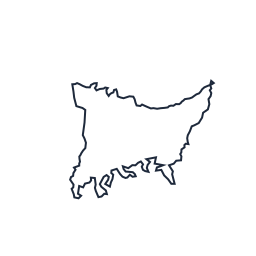 Tucunduva, Rio Grande do Sul, Brazil (Equal Earth projection), rotated 307°
{"feature_id": "56859067B60578081820335", "entity_name": "Tucunduva", "entity_type": "district", "adm_level": 2, "iso_a3": "BRA", "parent_name": "Brazil", "parent_adm1": "Rio Grande do Sul", "projection": "equal_earth", "projection_center": [-54.433, -27.632], "detail": "fine", "context": "isolated", "style": "outline", "palette": "slate", "viewbox_px": 256, "rotation_deg": 307, "n_neighbors": 0, "source": "geoboundaries", "source_scale": "gbopen_adm2", "svg_char_len": 2474}
<svg xmlns="http://www.w3.org/2000/svg" viewBox="0 0 256 256"><g transform="rotate(307 128 128)"><path d="M129.4,57.2L124.3,62.5L119.8,66.8L114.4,73.6L115.6,76.9L116.6,79.6L116.7,83.0L106.2,90.0L95.1,96.2L93.4,99.6L90.9,103.3L88.3,104.8L86.3,106.0L82.9,105.7L79.7,105.9L77.8,106.3L75.9,106.3L74.2,107.8L72.2,109.9L70.3,110.4L68.6,111.7L63.9,108.7L63.1,111.2L59.2,111.5L56.7,113.0L54.5,112.0L51.9,112.9L50.0,118.6L47.6,120.0L45.5,119.6L42.5,124.5L40.3,126.9L42.1,130.8L45.7,131.3L45.4,127.6L52.3,123.9L53.6,127.9L57.7,127.1L61.2,130.0L63.9,130.1L66.0,128.2L68.1,131.6L63.3,136.3L60.3,137.6L58.4,140.1L55.0,146.0L57.4,148.1L61.2,148.6L62.5,150.9L64.8,147.9L65.0,142.1L66.2,139.3L74.3,138.0L77.5,139.2L77.4,142.1L74.7,143.3L69.6,143.5L70.3,148.8L74.2,147.1L77.9,146.3L81.8,144.3L82.0,141.7L84.1,140.4L88.6,143.6L86.5,149.3L85.8,152.9L86.6,156.1L88.1,157.3L91.8,157.6L91.8,161.0L94.1,163.2L95.3,161.2L95.6,158.4L91.8,152.3L92.6,149.2L94.3,147.0L96.1,152.4L100.9,153.8L102.7,156.4L106.3,157.0L109.0,158.4L108.0,161.9L105.4,162.3L103.6,165.1L103.9,167.6L105.3,170.7L107.4,167.1L110.3,165.9L114.1,166.0L114.2,161.5L121.4,168.0L115.6,170.7L119.5,178.5L116.9,176.9L113.9,174.8L110.8,176.0L114.6,179.8L111.9,185.4L111.2,190.9L109.5,196.2L111.5,198.8L117.6,191.1L120.4,189.9L122.9,183.2L127.0,186.0L130.9,186.2L134.1,189.8L137.5,187.7L138.6,185.4L140.5,185.3L143.1,183.6L146.6,184.8L148.3,183.3L150.2,183.6L151.5,185.9L152.9,184.0L155.5,181.4L158.2,180.1L162.6,179.4L167.7,177.9L169.8,179.2L174.5,181.5L180.9,180.9L185.4,178.8L190.9,180.6L196.0,178.6L199.5,174.9L203.2,174.8L206.0,173.5L207.4,170.6L209.7,170.7L211.9,167.7L210.1,166.6L208.2,165.5L206.4,164.5L203.5,163.9L201.0,164.1L198.4,163.9L196.1,162.4L193.3,161.5L190.9,160.8L188.6,159.3L186.9,157.6L185.2,156.0L183.2,155.7L181.4,155.1L179.6,155.1L177.8,154.5L175.9,151.8L173.1,150.9L171.8,148.9L170.2,147.7L168.4,147.4L166.1,145.1L163.4,142.1L160.9,139.7L159.2,136.4L157.4,134.5L156.6,131.4L155.9,128.4L155.2,125.1L153.0,124.6L151.2,121.3L152.8,118.7L154.9,116.1L156.2,113.4L154.2,110.1L149.1,106.5L147.9,103.7L147.1,100.8L150.3,97.5L151.7,95.3L150.0,94.0L147.6,94.9L145.7,93.7L143.9,93.2L142.0,93.3L143.0,90.1L145.4,87.8L147.7,87.8L146.6,85.4L144.8,84.8L142.2,82.0L139.1,80.2L140.0,77.5L142.7,77.4L145.0,76.0L143.2,74.0L140.1,72.5L137.5,73.1L135.4,70.1L134.4,66.5L133.9,63.1L133.2,60.3L131.3,59.4L129.4,57.2ZM211.9,167.7L213.6,168.7L215.5,169.4L215.7,166.1L211.9,167.7Z" fill="none" stroke="#1e293b" stroke-width="2"/></g></svg>